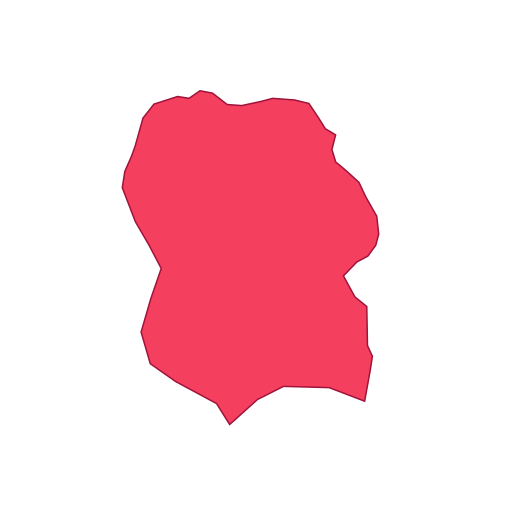 the district of Fota, Cyprus, rotated 31°
{"feature_id": "46923920B41218230383335", "entity_name": "Fota", "entity_type": "district", "adm_level": 2, "iso_a3": "CYP", "parent_name": "Cyprus", "parent_adm1": "", "projection": "natural_earth1", "projection_center": [33.224, 35.255], "detail": "fine", "context": "isolated", "style": "filled", "palette": "rose", "viewbox_px": 512, "rotation_deg": 31, "n_neighbors": 0, "source": "geoboundaries", "source_scale": "gbopen_adm2", "svg_char_len": 789}
<svg xmlns="http://www.w3.org/2000/svg" viewBox="0 0 512 512"><g transform="rotate(31 256 256)"><path d="M412.9,295.4L407.4,282.0L397.7,275.4L390.1,263.2L377.0,242.3L361.8,240.1L341.2,228.0L345.5,209.3L352.0,198.3L353.1,185.0L349.9,174.0L339.0,159.7L319.5,148.7L306.4,139.9L301.0,138.8L290.1,136.6L283.6,135.5L276.0,134.4L266.2,125.6L261.9,111.2L249.9,111.2L239.1,105.7L222.8,98.0L208.7,102.4L189.1,112.3L180.4,121.2L166.3,134.4L153.3,141.0L134.8,138.8L122.9,143.2L117.4,155.3L106.6,159.7L90.3,178.4L88.1,196.0L95.7,223.6L97.9,234.6L100.0,251.1L106.2,266.3L134.9,288.7L159.2,302.1L181.2,315.5L187.8,346.8L196.7,380.4L220.9,402.8L251.8,405.0L298.2,402.8L320.2,414.0L331.2,378.2L346.7,353.6L386.4,331.2L423.9,324.5L412.9,295.4Z" fill="#f43f5e" stroke="#9f1239" stroke-width="1.5"/></g></svg>